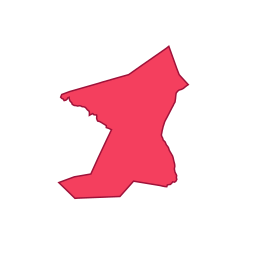 Milagres, Ceará, Brazil, rotated 223°
{"feature_id": "56859067B57580230718616", "entity_name": "Milagres", "entity_type": "district", "adm_level": 2, "iso_a3": "BRA", "parent_name": "Brazil", "parent_adm1": "Ceará", "projection": "mercator", "projection_center": [-38.943, -7.27], "detail": "fine", "context": "isolated", "style": "filled", "palette": "rose", "viewbox_px": 256, "rotation_deg": 223, "n_neighbors": 0, "source": "geoboundaries", "source_scale": "gbopen_adm2", "svg_char_len": 1662}
<svg xmlns="http://www.w3.org/2000/svg" viewBox="0 0 256 256"><g transform="rotate(223 128 128)"><path d="M113.5,200.8L125.3,201.7L127.0,201.9L133.0,204.8L153.9,215.6L154.3,212.6L160.6,183.3L163.9,167.5L170.1,157.3L178.1,144.0L179.9,140.8L188.8,126.0L191.2,122.0L195.5,114.9L199.3,107.3L198.3,104.6L196.5,104.5L195.3,105.0L193.4,104.5L192.4,106.0L192.2,107.6L192.6,109.0L192.0,110.3L190.7,109.1L188.5,108.1L186.5,108.1L184.9,107.3L182.7,107.8L181.3,108.9L179.7,109.8L178.8,111.1L177.7,111.9L176.1,112.3L174.9,113.3L173.6,113.9L172.0,113.9L170.4,113.6L167.7,113.7L166.3,112.5L164.9,110.9L164.4,112.5L163.6,114.5L162.1,114.4L160.9,115.2L159.9,116.1L158.7,115.2L157.7,113.8L156.4,113.0L155.0,112.4L152.8,113.5L145.5,115.0L144.2,113.5L141.8,114.6L138.9,115.5L137.2,110.1L135.7,105.3L129.6,86.3L123.8,69.0L134.0,55.6L141.4,40.9L118.8,40.4L117.3,42.1L87.2,72.4L87.7,92.9L65.2,107.9L63.2,109.0L61.0,110.4L59.6,111.5L60.4,113.2L59.4,114.6L58.5,115.7L58.4,117.6L58.6,119.1L57.0,120.2L56.7,121.8L57.3,123.8L58.6,124.5L60.1,126.5L61.7,127.1L63.6,127.8L65.0,128.8L66.2,129.7L67.7,132.0L69.3,133.4L70.7,134.3L72.3,135.3L74.4,136.8L76.3,137.9L79.5,138.9L81.3,139.4L82.9,140.0L85.0,141.2L86.6,141.6L88.4,141.8L91.3,143.1L94.1,143.2L95.9,144.3L97.4,144.8L98.8,145.6L100.3,148.0L101.3,149.5L102.0,150.8L103.4,153.2L104.0,154.6L105.4,157.5L106.0,159.5L106.4,161.0L106.8,162.6L107.3,164.3L107.8,166.2L108.3,167.9L109.2,171.1L109.8,173.2L110.3,175.3L110.9,177.0L111.3,179.0L112.2,180.3L113.3,181.9L114.4,183.3L115.5,184.8L116.6,186.4L116.8,188.8L116.5,190.6L115.2,192.8L114.5,194.8L114.2,197.2L113.9,199.1L113.5,200.8Z" fill="#f43f5e" stroke="#9f1239" stroke-width="1.5"/></g></svg>